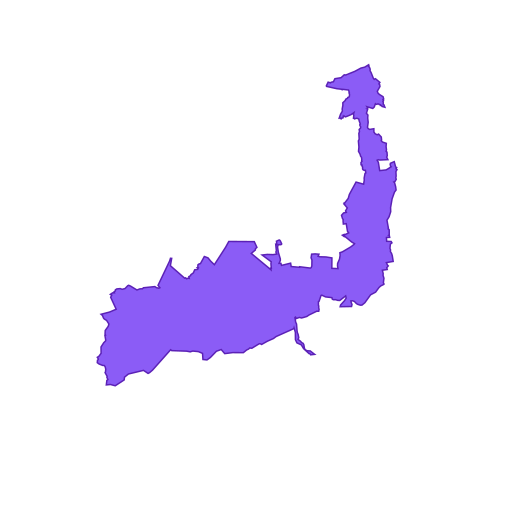 the district of Villa de Álvarez, Colima, Mexico, rotated 330°
{"feature_id": "50627088B49259449060306", "entity_name": "Villa de Álvarez", "entity_type": "district", "adm_level": 2, "iso_a3": "MEX", "parent_name": "Mexico", "parent_adm1": "Colima", "projection": "albers", "projection_center": [-103.768, 19.327], "detail": "fine", "context": "isolated", "style": "filled", "palette": "violet", "viewbox_px": 512, "rotation_deg": 330, "n_neighbors": 0, "source": "geoboundaries", "source_scale": "gbopen_adm2", "svg_char_len": 6132}
<svg xmlns="http://www.w3.org/2000/svg" viewBox="0 0 512 512"><g transform="rotate(330 256 256)"><path d="M417.3,256.9L419.4,252.8L421.3,251.7L420.8,250.5L422.0,249.7L421.5,249.2L421.7,247.8L422.9,243.4L418.8,242.9L418.0,243.7L417.4,245.8L417.6,246.3L413.6,246.5L411.7,246.5L405.8,243.9L408.8,236.1L408.8,233.6L410.0,233.7L411.2,234.8L418.4,238.5L418.6,235.7L419.8,234.8L421.4,231.5L421.0,230.5L422.2,229.1L423.3,226.4L425.2,223.6L422.5,220.5L422.1,218.8L422.8,218.3L424.0,215.6L423.1,211.7L421.6,211.6L420.3,209.8L420.1,207.6L421.7,204.7L417.7,203.2L416.8,201.6L416.9,200.3L420.0,196.3L421.7,192.4L423.4,189.9L423.0,187.6L426.2,184.6L426.0,184.3L426.3,184.4L426.7,183.5L426.7,182.1L430.9,186.6L432.9,186.1L435.5,183.9L435.7,184.5L436.5,185.1L437.4,185.1L438.3,185.7L438.3,186.2L439.3,187.1L439.0,187.8L440.0,188.4L439.9,189.5L442.0,191.6L442.4,188.9L442.1,188.1L443.1,186.5L443.2,185.5L444.1,185.3L444.2,183.9L445.1,183.9L445.7,181.6L443.7,177.9L443.1,176.0L443.4,174.0L448.1,171.2L448.8,169.4L448.5,168.4L450.1,167.6L448.3,162.7L448.0,162.1L446.7,162.2L446.5,160.6L447.4,154.6L447.4,153.2L447.6,152.1L448.3,151.3L448.6,149.4L448.3,148.1L448.9,147.9L449.2,146.7L444.6,146.8L440.8,145.7L433.9,145.5L424.2,144.1L423.0,143.2L418.8,144.1L413.0,141.9L410.2,143.8L408.0,143.1L407.1,143.3L405.4,141.5L402.0,143.8L401.9,144.4L409.6,151.5L413.4,154.3L413.7,155.1L414.3,154.9L419.1,158.5L418.6,161.0L418.1,161.2L417.9,162.6L416.8,164.3L416.1,164.8L414.7,164.6L414.2,165.1L412.0,165.1L411.2,165.9L407.8,166.7L406.6,168.9L404.1,171.8L403.3,173.7L400.1,175.5L397.1,178.1L397.6,178.2L397.7,178.9L398.0,178.9L398.3,179.8L399.0,179.4L400.3,179.9L401.4,178.7L401.4,179.2L402.4,179.0L403.0,180.2L404.5,180.5L408.9,181.1L412.5,180.8L411.1,182.1L411.1,183.0L409.3,185.4L410.1,186.0L409.9,186.5L412.2,187.1L413.5,188.7L412.9,190.6L412.3,193.9L411.7,194.0L411.2,195.0L411.2,196.6L410.4,197.5L408.6,198.0L407.8,200.0L406.4,201.2L403.7,206.5L402.2,207.5L399.6,213.1L397.1,216.6L397.0,220.0L396.5,221.8L396.7,223.3L395.9,225.2L395.2,226.2L395.2,226.9L393.7,227.5L392.6,229.5L393.3,230.3L392.8,230.9L392.8,232.1L391.8,234.0L391.8,234.7L392.5,235.9L393.6,236.5L392.6,239.0L391.7,239.0L388.6,242.6L387.7,244.4L385.1,247.6L379.6,242.0L367.7,249.3L364.7,252.2L359.6,254.3L358.8,254.2L358.7,255.1L358.2,255.0L359.1,260.0L356.1,261.7L356.0,263.4L353.4,262.5L350.4,263.5L349.6,266.9L349.7,268.2L349.0,269.0L347.6,272.0L350.3,273.1L347.6,280.3L347.8,282.3L342.8,281.9L343.0,281.4L341.2,281.2L342.1,283.3L342.6,283.1L345.9,291.8L347.5,294.6L346.6,295.0L342.6,295.5L333.0,295.6L330.3,295.1L329.1,297.6L326.7,300.5L323.0,303.2L321.7,305.2L320.7,307.9L315.5,304.6L320.8,295.6L316.1,291.8L310.9,288.6L309.6,287.3L311.4,285.9L308.2,283.7L305.1,282.2L302.8,285.1L302.4,287.5L299.4,292.5L298.1,293.6L297.1,293.7L288.4,287.1L288.1,287.6L281.2,282.7L282.4,279.5L273.4,276.9L273.9,274.8L272.3,273.9L274.8,272.1L275.6,270.7L277.2,264.0L279.2,258.9L280.9,257.3L282.9,258.5L283.8,258.7L284.3,258.4L284.6,255.5L284.5,254.3L284.1,253.7L281.1,253.4L280.1,255.9L279.3,256.5L278.9,255.8L276.2,261.7L275.2,262.5L274.9,264.7L271.4,263.3L266.6,260.3L261.8,258.2L266.3,268.6L265.1,270.1L263.2,274.2L262.7,273.9L262.1,275.5L253.2,251.4L258.4,250.5L259.2,249.4L261.1,249.0L261.7,242.7L239.7,229.8L234.1,233.2L215.6,242.7L214.2,237.9L213.5,233.6L211.0,230.6L204.1,234.8L202.6,234.4L201.3,234.6L200.1,236.5L200.2,237.1L199.3,236.8L199.6,237.8L198.8,238.4L196.0,237.3L193.3,239.3L190.3,239.6L189.5,240.3L187.5,240.3L187.0,242.0L186.1,241.3L184.5,241.0L184.1,239.7L183.1,239.5L177.0,221.6L181.8,215.9L180.8,215.2L178.6,217.2L156.5,232.4L156.9,235.4L155.7,235.3L154.0,233.7L153.1,231.9L142.6,227.2L141.3,227.6L139.0,226.4L135.9,225.9L132.3,219.3L131.1,217.7L130.1,217.6L126.3,218.7L123.4,217.9L122.1,216.3L119.0,214.9L117.3,215.0L116.7,215.9L115.2,216.0L115.0,217.1L113.4,216.2L110.7,216.4L111.5,217.8L109.5,219.1L108.3,232.2L101.1,231.3L92.7,229.0L93.3,230.7L92.9,233.5L93.1,234.7L94.4,237.1L94.6,241.3L92.9,243.0L88.2,245.1L86.4,247.9L86.1,249.3L85.5,249.1L83.8,253.7L83.3,254.3L80.7,255.0L76.3,257.3L73.2,262.8L69.8,264.3L67.9,264.4L68.0,266.2L67.6,266.8L66.6,267.0L65.2,269.0L66.1,271.1L68.6,274.2L69.8,274.9L70.0,276.4L69.3,278.9L67.7,281.1L67.0,281.5L66.9,285.8L66.2,286.5L66.0,288.9L64.6,289.2L61.9,292.8L65.7,294.5L69.2,298.0L79.9,297.4L81.5,295.2L86.5,294.4L101.4,298.8L103.8,303.7L105.5,303.8L109.3,303.1L135.2,294.5L135.7,295.8L148.3,303.7L151.1,306.1L153.7,306.7L158.3,310.0L161.0,313.6L158.3,319.1L161.6,321.5L165.7,321.1L174.1,318.7L179.1,319.6L180.1,324.9L187.5,328.0L196.7,333.4L200.9,332.7L203.1,332.9L204.5,332.5L206.3,333.8L215.0,333.6L216.0,334.3L216.6,335.4L223.3,335.5L229.9,336.2L233.1,335.8L251.5,337.7L252.6,337.7L253.0,337.3L251.9,341.8L248.3,348.2L248.0,351.7L250.8,355.6L250.9,360.0L253.1,367.0L253.8,367.3L253.9,368.9L257.6,370.5L255.5,365.3L253.0,363.7L251.9,362.1L251.7,360.4L253.1,356.6L253.1,355.1L252.3,354.0L251.9,352.0L250.7,349.2L252.2,348.1L253.3,344.9L253.5,343.1L254.2,341.2L257.1,335.2L257.3,333.1L259.0,328.7L259.7,328.7L259.6,330.3L262.9,330.9L264.4,332.4L266.1,332.9L269.8,333.8L272.4,333.6L281.0,334.2L282.7,335.2L284.0,333.7L284.4,332.2L285.4,330.6L285.4,329.9L287.2,326.8L287.9,326.8L292.6,322.7L293.4,322.8L295.8,326.2L300.9,330.0L300.5,331.6L301.2,332.6L303.2,333.7L304.5,335.2L306.3,336.4L313.7,335.4L313.0,337.6L310.1,339.0L304.8,340.7L303.5,342.0L313.5,347.5L314.9,346.0L315.3,343.3L315.8,342.9L315.8,342.4L317.2,343.0L318.5,344.6L319.1,347.2L319.8,348.6L321.7,350.7L323.2,351.5L326.9,350.9L335.8,346.9L341.5,347.1L346.7,344.8L349.0,344.3L352.6,344.5L352.9,344.1L352.9,342.9L355.7,339.2L356.3,336.4L357.4,334.7L358.3,331.5L362.9,333.3L363.4,331.5L365.6,330.7L365.3,329.6L365.6,326.9L372.1,329.3L374.2,323.8L374.7,321.5L374.6,319.4L375.6,317.9L375.8,316.4L378.3,312.9L380.3,312.6L380.3,311.0L376.5,308.6L378.2,305.2L381.1,306.7L381.8,304.6L381.4,304.3L382.1,304.1L384.4,300.0L384.5,299.5L384.0,298.7L384.8,297.5L387.3,290.5L390.8,288.6L394.8,285.0L396.8,281.3L402.5,274.5L407.9,269.9L410.3,268.9L411.6,265.8L412.7,261.6L412.4,260.8L413.7,260.9L415.8,259.7L416.2,258.1L417.3,256.9Z" fill="#8b5cf6" stroke="#5b21b6" stroke-width="1.5"/></g></svg>